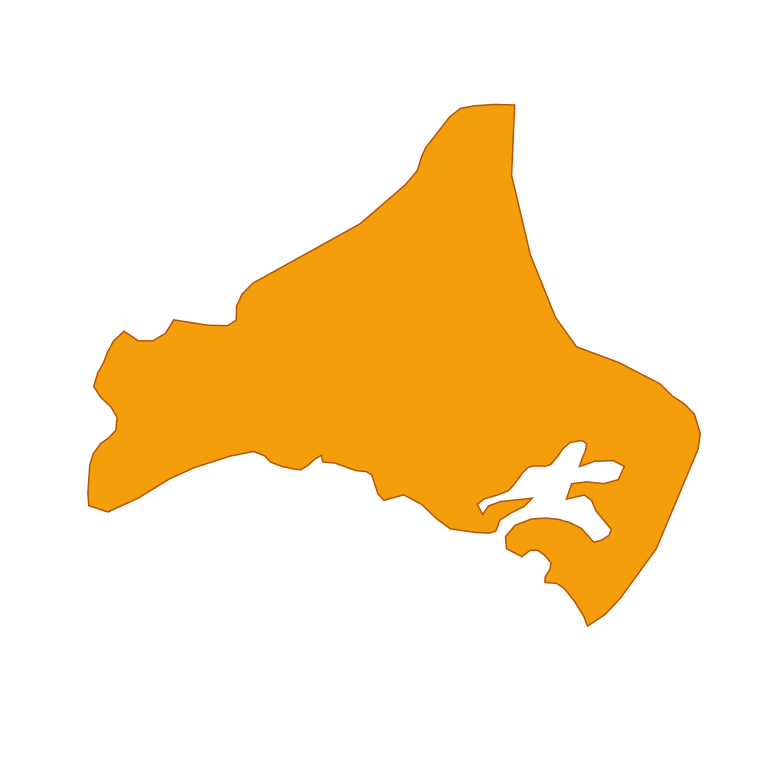 North Andros, Albers equal-area conic projection, rotated 263°
{"feature_id": "BHS-5019", "entity_name": "North Andros", "entity_type": "District", "adm_level": 1, "iso_a3": "BHS", "parent_name": "The Bahamas", "parent_adm1": "", "projection": "albers", "projection_center": [-78.177, 24.834], "detail": "fine", "context": "isolated", "style": "filled", "palette": "amber", "viewbox_px": 768, "rotation_deg": 263, "n_neighbors": 0, "source": "natural_earth", "source_scale": "10m", "svg_char_len": 1856}
<svg xmlns="http://www.w3.org/2000/svg" viewBox="0 0 768 768"><g transform="rotate(263 384 384)"><path d="M350.4,658.1L336.9,668.7L327.7,679.7L316.2,688.4L296.3,691.9L281.3,687.9L187.3,634.2L142.5,592.4L128.2,575.2L118.9,556.5L129.0,554.0L144.5,546.9L158.8,538.2L165.1,531.0L167.4,519.5L172.9,520.5L179.9,526.1L186.0,527.9L194.1,522.9L199.9,516.7L201.2,509.0L195.8,499.7L205.7,485.5L217.7,486.0L227.8,496.9L232.1,514.1L231.2,528.3L228.4,540.7L223.6,551.8L216.7,562.3L203.5,571.5L201.3,573.5L202.8,581.7L206.4,588.9L211.9,591.9L232.1,579.0L243.2,575.8L249.4,569.3L247.5,551.0L262.1,558.1L262.2,572.9L258.3,590.2L260.5,604.8L272.9,612.5L280.0,602.1L281.7,583.9L278.2,567.9L285.4,571.2L293.2,575.8L299.9,577.9L303.8,573.6L303.4,561.7L297.8,553.5L290.3,546.9L283.8,539.7L282.8,534.8L284.5,522.3L283.8,517.2L279.2,511.0L267.5,500.2L262.9,494.2L259.9,482.6L257.8,469.6L253.2,461.9L242.4,466.0L250.3,472.8L253.1,485.6L252.6,517.2L245.5,508.4L240.8,495.0L234.9,482.6L224.5,477.2L223.2,471.0L225.4,456.9L232.2,432.1L243.7,420.0L260.1,406.5L271.6,390.0L268.5,369.7L275.6,364.6L295.2,360.8L299.2,355.8L301.5,345.4L311.7,325.3L314.0,313.8L320.8,313.1L318.1,306.6L312.1,298.0L309.0,290.7L310.5,284.2L314.6,272.7L320.3,261.9L327.1,256.9L332.9,246.6L331.3,223.4L324.3,186.3L316.2,160.1L300.6,125.9L290.6,94.3L299.2,76.1L311.8,76.8L339.0,82.0L350.3,86.9L359.4,95.5L364.5,104.7L370.7,112.1L383.1,115.1L394.5,110.2L405.5,101.1L417.0,95.6L429.8,101.2L439.3,108.2L449.8,113.8L459.9,121.0L468.0,132.4L456.9,145.3L455.0,159.8L461.0,173.4L473.3,183.1L463.9,215.7L460.9,236.0L465.4,245.1L479.1,247.2L490.3,253.9L500.1,266.2L545.9,379.7L579.1,429.4L591.6,442.9L604.4,448.7L613.4,454.1L641.3,481.9L648.3,493.7L649.1,508.5L647.9,528.7L645.0,547.7L575.7,536.1L494.4,545.0L428.9,562.4L397.4,579.7L376.4,620.1L350.4,658.1Z" fill="#f59e0b" stroke="#b45309" stroke-width="1.5"/></g></svg>